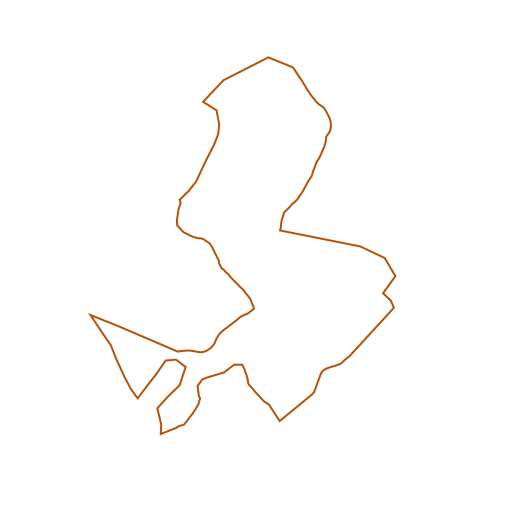 the district of Grande Riviere/Assou Canal, Gros Islet, Saint Lucia, rotated 284°
{"feature_id": "8701671B38434288339117", "entity_name": "Grande Riviere/Assou Canal", "entity_type": "district", "adm_level": 2, "iso_a3": "LCA", "parent_name": "Saint Lucia", "parent_adm1": "Gros Islet", "projection": "mercator", "projection_center": [-60.952, 14.04], "detail": "fine", "context": "isolated", "style": "outline", "palette": "amber", "viewbox_px": 512, "rotation_deg": 284, "n_neighbors": 0, "source": "geoboundaries", "source_scale": "gbopen_adm2", "svg_char_len": 3635}
<svg xmlns="http://www.w3.org/2000/svg" viewBox="0 0 512 512"><g transform="rotate(284 256 256)"><path d="M266.7,172.1L263.1,177.5L261.6,179.8L261.1,182.0L260.8,183.5L260.0,186.5L259.7,188.4L259.5,189.3L259.2,191.4L259.3,195.7L259.9,199.9L259.2,202.2L258.0,205.2L257.2,207.7L254.4,210.8L249.2,215.3L245.6,218.4L242.7,220.9L241.6,221.3L240.1,221.9L237.9,223.7L235.7,225.6L235.1,227.2L234.7,228.2L232.8,231.0L232.1,232.6L231.6,233.6L231.0,234.3L230.0,235.7L228.5,237.8L227.0,240.2L226.5,240.9L225.3,243.0L224.9,243.7L223.9,245.4L222.5,247.5L222.1,248.2L220.9,250.5L220.3,251.4L219.3,252.9L218.2,254.0L217.3,255.1L215.9,257.2L213.7,260.0L213.0,260.7L211.4,262.1L208.8,263.6L207.8,264.5L207.2,265.1L204.3,266.8L198.0,261.7L197.4,260.8L196.3,259.2L194.8,257.5L194.4,257.0L193.7,256.2L192.1,254.8L190.3,253.6L189.1,252.8L187.7,251.6L187.0,251.1L185.4,249.8L184.4,249.0L183.2,248.0L181.6,246.8L179.7,245.4L177.5,243.4L175.2,241.6L174.3,241.0L173.0,240.3L172.0,239.7L171.2,239.2L170.4,239.0L169.6,238.7L167.9,238.2L166.4,237.6L164.5,237.4L162.6,237.1L162.0,237.0L161.1,236.8L160.5,236.6L159.8,236.4L157.8,235.4L156.4,234.6L155.6,234.1L154.9,233.6L153.4,232.2L152.3,231.2L151.0,229.5L150.7,228.8L150.2,228.0L149.3,226.1L149.0,224.0L148.8,222.5L148.7,221.1L148.8,220.6L148.5,217.0L148.4,216.3L148.0,213.6L147.4,211.6L146.9,209.9L145.9,206.9L144.3,203.3L154.8,138.2L158.7,109.7L156.7,111.9L146.7,122.7L136.8,133.9L134.2,136.8L122.3,145.3L106.9,157.6L101.1,162.8L96.2,167.3L89.3,175.6L94.0,177.6L103.5,181.7L117.8,188.0L132.7,193.6L136.1,203.4L131.3,214.6L112.3,213.2L106.7,209.8L98.7,204.8L84.4,197.1L78.4,200.2L69.5,204.8L63.0,206.1L60.3,206.7L63.1,210.6L70.0,220.3L72.4,222.6L73.5,224.6L75.2,227.1L77.1,227.9L80.7,229.6L83.2,230.5L85.5,231.6L87.7,232.6L91.6,234.0L93.6,234.6L96.7,235.5L98.3,236.0L104.5,236.2L106.0,234.6L115.8,230.7L123.3,233.8L127.1,239.3L131.6,247.0L135.4,253.3L145.2,261.0L147.2,269.0L145.0,270.7L143.5,272.2L140.8,273.7L139.0,275.1L135.8,277.0L132.6,278.4L130.3,279.5L129.1,280.6L127.1,283.9L125.4,286.3L123.5,288.7L122.3,290.7L120.0,294.2L118.8,296.0L117.3,298.2L116.5,299.8L115.0,304.5L101.6,318.9L126.6,337.5L128.7,339.0L130.6,340.4L132.6,341.9L135.4,343.9L137.3,345.0L137.9,345.2L140.2,345.6L143.9,345.9L149.1,346.5L155.7,347.2L157.3,347.5L158.9,347.7L160.4,348.4L161.9,349.6L163.4,351.2L164.6,352.7L166.2,355.2L167.3,357.0L168.6,359.2L169.8,361.1L171.4,363.6L172.7,364.7L174.4,365.9L177.0,367.5L181.2,370.8L192.1,376.8L208.2,385.5L234.8,400.0L239.3,402.3L245.3,397.6L250.6,388.3L270.2,396.1L279.8,386.7L285.2,381.3L290.5,354.9L286.6,273.2L289.5,273.2L293.1,272.6L296.0,272.3L298.6,272.4L301.3,272.6L305.2,272.8L307.4,274.2L309.8,275.7L311.5,276.7L315.6,278.8L316.8,279.9L319.9,281.8L321.7,282.8L325.4,283.9L327.2,284.7L330.0,285.7L332.9,286.5L335.9,287.2L338.3,287.9L340.9,288.5L343.5,289.4L347.0,290.7L349.6,290.8L351.7,290.9L354.6,291.3L358.6,291.8L360.7,291.8L363.6,292.6L366.4,293.7L369.4,294.2L372.2,294.7L375.0,295.2L377.3,295.6L381.0,295.9L383.5,296.0L386.1,295.8L388.8,295.2L392.9,296.9L394.8,297.5L397.7,297.6L399.5,297.4L403.2,296.4L405.7,295.1L407.9,293.8L409.6,292.3L412.6,289.7L414.1,288.3L416.2,286.0L417.2,283.8L418.5,280.0L419.5,278.2L421.2,275.9L422.9,273.6L425.4,270.4L426.6,269.1L428.9,266.5L430.2,264.9L431.7,263.6L436.6,258.7L447.9,246.3L451.7,219.9L418.6,181.8L392.8,167.4L387.9,182.4L374.7,188.5L367.2,189.5L365.2,189.8L362.6,189.5L354.4,188.5L339.1,185.0L332.8,183.6L313.7,179.9L302.9,175.0L299.7,173.0L291.9,168.3L290.8,169.2L290.1,169.5L289.0,170.1L288.2,170.0L285.1,169.7L283.2,169.5L279.2,169.9L274.4,170.3L271.1,170.7L266.7,172.1Z" fill="none" stroke="#b45309" stroke-width="2"/></g></svg>